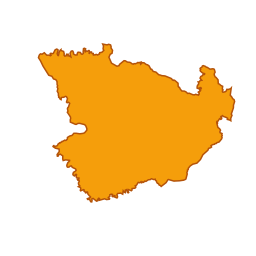 the district of Makeoana, Berea, Lesotho, rotated 100°
{"feature_id": "5366337B60128688215612", "entity_name": "Makeoana", "entity_type": "district", "adm_level": 2, "iso_a3": "LSO", "parent_name": "Lesotho", "parent_adm1": "Berea", "projection": "albers", "projection_center": [28.111, -29.223], "detail": "fine", "context": "isolated", "style": "filled", "palette": "amber", "viewbox_px": 256, "rotation_deg": 100, "n_neighbors": 0, "source": "geoboundaries", "source_scale": "gbopen_adm2", "svg_char_len": 5738}
<svg xmlns="http://www.w3.org/2000/svg" viewBox="0 0 256 256"><g transform="rotate(100 128 128)"><path d="M159.3,198.6L160.5,196.0L160.7,192.2L163.1,191.6L166.4,193.2L168.0,192.7L167.9,192.0L166.3,191.5L165.5,190.2L166.8,187.4L169.9,186.9L171.3,186.2L170.2,183.9L170.0,179.9L170.5,179.8L172.7,181.3L175.3,181.8L176.7,181.3L177.1,180.5L176.7,179.3L175.5,178.2L175.2,177.1L176.4,176.1L177.4,172.5L178.6,171.7L180.0,172.6L181.1,174.0L183.0,174.3L184.1,173.6L184.5,172.4L182.9,171.6L182.6,171.1L182.8,170.6L184.9,170.6L186.0,170.0L185.8,167.6L186.7,167.5L187.5,168.8L188.2,168.2L188.3,167.0L189.0,166.7L190.8,167.3L192.2,166.8L193.3,165.5L194.4,166.7L194.9,164.5L195.5,164.1L197.8,164.1L198.1,163.7L196.4,161.1L196.6,160.5L197.8,160.4L198.2,159.2L199.0,158.8L199.3,158.2L198.0,157.3L198.2,156.7L199.9,156.1L201.6,154.1L202.2,153.0L202.9,152.9L204.7,155.8L205.3,155.4L205.4,155.1L204.8,153.6L207.1,151.9L207.1,150.9L205.7,150.8L204.2,151.3L203.4,150.2L205.5,146.3L205.1,145.5L204.1,145.6L202.3,144.8L202.3,144.2L202.7,143.7L203.8,144.2L204.3,144.0L201.8,138.8L202.2,136.7L201.4,134.0L200.9,133.8L199.8,135.3L198.4,134.0L196.9,134.3L196.1,133.1L196.1,131.7L196.7,131.4L197.7,132.0L198.3,131.3L198.1,130.3L196.9,129.7L196.9,129.2L198.4,128.9L198.8,126.7L197.7,126.3L196.6,126.7L195.8,127.4L194.3,126.8L193.4,123.9L194.1,121.7L190.8,121.8L191.7,121.0L192.1,119.5L189.7,119.9L189.0,118.9L191.6,117.3L191.8,116.5L191.4,116.1L189.6,117.2L188.5,117.2L189.2,113.8L188.5,113.3L186.9,113.5L186.1,110.8L185.3,110.1L184.6,110.1L183.7,110.9L182.8,109.7L179.8,108.5L179.9,106.8L178.6,105.8L179.5,104.9L178.6,104.4L178.8,103.2L177.4,102.3L177.5,101.1L175.4,98.9L175.0,97.2L173.9,96.1L174.3,93.7L173.7,92.3L174.7,91.9L175.2,90.8L175.9,90.7L177.4,89.4L177.5,88.3L178.8,87.4L179.0,86.1L179.8,85.2L175.2,81.0L172.0,79.7L171.7,79.2L172.3,73.6L171.0,68.0L169.7,64.1L168.5,62.3L168.0,62.1L163.0,61.7L161.7,62.3L160.1,61.9L159.1,62.2L158.5,61.5L157.1,61.6L154.5,60.1L152.4,57.9L150.6,54.0L146.5,51.2L141.3,49.6L136.1,45.5L134.1,45.1L133.0,43.1L132.2,42.4L131.0,43.2L129.7,41.8L129.0,40.0L128.4,39.8L127.9,38.4L127.1,38.0L125.9,35.8L122.5,33.9L121.0,33.7L120.2,34.3L119.1,33.9L118.3,34.5L117.1,34.4L116.7,36.4L115.9,36.9L114.1,36.5L112.7,37.8L111.9,39.5L108.7,41.0L107.6,40.6L107.1,41.0L107.4,41.5L106.7,41.7L106.0,41.5L105.8,40.7L102.9,39.4L103.4,38.1L102.7,37.4L102.2,37.4L101.6,38.2L100.9,38.4L101.1,37.7L100.4,37.9L99.4,37.2L100.1,35.9L100.5,33.2L101.1,31.6L102.3,31.7L102.5,29.2L103.0,28.0L100.7,28.5L97.4,27.8L96.4,28.7L89.8,27.7L87.1,28.1L83.4,27.6L81.6,28.5L81.0,29.9L79.1,31.5L78.0,33.0L70.7,33.3L71.5,33.8L72.7,36.1L72.7,37.3L74.7,37.8L75.5,38.7L76.3,40.7L75.8,41.3L74.8,41.4L74.0,41.0L73.2,41.9L70.5,42.0L69.9,44.1L69.0,45.4L68.6,46.8L64.9,47.7L62.8,50.2L62.6,51.0L60.7,52.3L59.2,52.4L57.9,51.9L55.2,53.2L54.9,54.6L55.8,57.5L54.5,60.5L54.6,61.3L53.9,62.4L53.5,64.7L54.0,65.5L55.1,65.7L56.5,67.2L57.1,67.3L57.6,66.6L58.6,67.0L59.4,66.6L60.2,65.3L61.2,63.3L61.0,62.6L61.3,61.9L62.0,62.0L62.4,63.4L63.6,63.9L64.7,65.3L66.4,65.7L68.2,63.7L68.5,65.0L70.3,66.0L70.4,66.9L71.5,66.2L73.0,66.2L73.7,66.9L74.9,67.1L76.7,66.9L76.9,66.5L76.7,65.5L75.6,63.8L75.6,63.2L76.3,62.7L76.8,62.9L76.8,64.2L77.4,64.6L78.2,63.9L78.4,63.1L79.1,63.3L80.3,65.0L80.8,64.9L81.1,64.0L82.2,63.8L83.3,64.3L83.0,64.7L83.4,65.5L83.0,67.1L83.8,68.2L84.0,69.7L83.1,73.7L83.6,75.3L82.4,77.1L81.9,78.8L82.2,81.4L80.6,83.3L79.0,84.4L79.0,85.1L78.3,85.8L75.2,86.5L73.1,90.0L72.8,91.1L73.2,91.3L73.0,92.6L71.9,93.6L71.6,94.4L70.3,100.6L70.6,104.3L70.3,104.8L70.2,107.0L68.1,110.2L67.9,113.0L66.0,114.9L66.1,115.8L63.2,118.0L62.4,119.6L62.2,121.3L61.0,123.5L61.2,125.3L63.0,126.6L62.3,127.0L60.9,126.7L61.9,129.0L61.7,129.6L62.2,130.0L63.5,132.0L63.5,133.2L64.2,133.8L64.0,135.4L63.2,136.7L63.0,137.8L63.2,140.0L62.3,142.3L62.4,143.6L66.8,147.4L68.1,147.6L69.1,149.6L67.0,155.5L61.6,159.1L58.5,158.3L57.2,156.7L54.2,156.7L52.1,158.6L50.7,158.8L49.2,159.6L48.9,161.5L49.8,163.1L49.7,167.5L51.4,166.4L54.4,166.3L55.8,165.3L58.0,166.9L58.7,168.9L60.2,169.0L60.3,169.6L61.4,170.5L61.0,172.2L61.5,172.6L62.1,174.7L60.8,175.1L61.1,175.5L60.7,176.4L59.5,177.1L59.5,177.7L61.2,179.0L61.0,179.4L59.4,179.2L58.5,179.7L58.5,180.1L59.5,181.3L59.3,182.8L60.3,183.0L60.5,183.4L59.2,184.0L57.5,183.4L57.0,184.6L57.5,185.6L60.9,185.4L62.2,184.9L63.3,185.8L63.3,186.8L61.9,188.0L62.0,190.3L63.1,190.9L64.8,190.8L65.3,192.5L64.6,194.5L62.9,194.9L61.7,195.9L62.1,197.2L63.8,197.9L65.1,197.9L67.9,196.6L67.2,198.4L67.3,199.7L65.8,199.7L65.9,200.3L66.0,201.3L67.7,201.5L68.2,202.7L67.4,203.6L66.0,203.7L63.8,204.7L63.3,207.3L63.0,207.7L62.5,207.7L63.0,208.2L65.5,209.0L68.7,209.1L68.7,209.7L67.1,210.7L63.4,210.3L62.8,211.1L62.7,212.1L63.8,213.4L67.5,214.5L67.9,215.3L67.8,216.9L68.2,217.5L68.8,217.4L69.7,216.4L70.3,216.9L70.0,218.7L70.4,220.7L68.4,223.5L70.3,225.5L70.1,226.8L70.9,227.7L71.9,228.1L74.3,228.4L77.1,225.8L81.7,222.5L89.8,215.2L90.3,211.9L92.6,209.9L92.9,207.5L94.5,206.0L97.7,205.3L98.6,204.6L100.0,204.9L101.3,203.9L104.1,204.1L105.8,202.7L108.4,202.1L108.8,201.6L109.8,201.6L110.2,200.7L111.4,199.8L111.7,198.8L109.8,198.9L109.3,198.4L108.9,196.6L107.7,195.1L107.8,194.1L109.5,192.7L113.1,193.1L113.7,192.3L113.0,191.0L113.8,189.7L118.0,190.4L118.6,190.9L119.6,191.0L121.9,190.0L123.0,190.5L127.1,186.6L128.7,186.1L129.9,186.3L132.2,185.8L133.5,180.5L133.4,179.6L132.2,178.1L131.8,176.3L132.2,171.3L133.3,169.9L135.8,168.4L137.3,168.2L140.2,169.9L141.0,171.1L142.1,174.5L142.2,178.3L142.6,180.4L145.0,181.8L146.0,184.0L147.8,186.0L149.4,185.8L150.8,186.7L151.1,187.1L150.9,188.1L152.6,190.1L152.6,190.6L153.4,191.0L154.3,192.6L154.8,192.5L155.4,193.8L157.5,194.5L158.0,195.0L158.8,196.8L158.8,197.5L158.2,197.9L158.3,198.3L159.3,198.6Z" fill="#f59e0b" stroke="#b45309" stroke-width="1.5"/></g></svg>